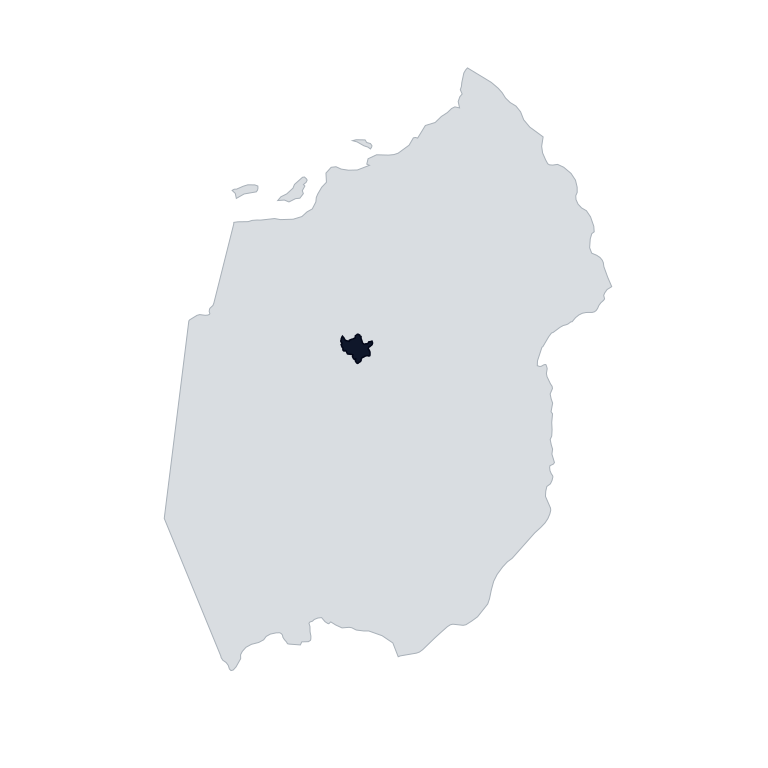 location of Dodoma Urban, Dodoma, United Republic of Tanzania, rotated 248°
{"feature_id": "72390352B24669678050336", "entity_name": "Dodoma Urban", "entity_type": "district", "adm_level": 2, "iso_a3": "TZA", "parent_name": "United Republic of Tanzania", "parent_adm1": "Dodoma", "projection": "orthographic", "projection_center": [35.794, -6.146], "detail": "fine", "context": "in_parent", "style": "filled", "palette": "ink", "viewbox_px": 768, "rotation_deg": 248, "n_neighbors": 0, "source": "geoboundaries", "source_scale": "gbopen_adm2", "svg_char_len": 8264}
<svg xmlns="http://www.w3.org/2000/svg" viewBox="0 0 768 768"><g transform="rotate(248 384 384)"><path d="M293.2,529.1L285.5,525.1L278.6,522.7L272.9,520.0L270.3,517.3L265.0,516.3L260.4,515.9L256.1,513.4L247.3,512.6L246.3,511.0L246.1,507.3L244.6,506.3L241.4,505.4L237.9,505.5L235.9,506.0L234.6,505.8L231.7,503.7L229.1,500.9L228.0,496.6L224.0,493.8L219.3,491.6L206.5,491.9L204.5,491.3L201.4,489.1L197.8,485.5L194.9,481.3L192.3,475.6L189.5,468.0L174.4,437.6L172.9,431.8L169.9,425.4L165.1,417.6L160.0,411.8L153.2,406.6L145.4,401.4L141.2,397.8L133.1,383.5L131.4,376.8L130.1,369.8L130.6,367.0L135.5,357.9L135.9,355.4L135.3,352.0L132.8,344.9L129.6,336.2L123.2,320.4L122.2,316.4L122.3,313.4L125.8,297.3L125.8,295.0L140.6,295.2L151.3,288.0L160.7,277.4L162.5,272.9L166.3,266.1L170.1,262.8L171.5,260.4L173.6,253.7L178.6,249.0L183.4,245.5L182.4,243.0L183.1,242.1L185.7,240.3L190.8,238.6L191.8,235.0L191.8,231.1L190.9,228.8L191.1,226.3L190.3,224.8L186.9,224.5L181.9,222.6L177.7,221.8L174.9,220.6L173.9,219.8L173.4,217.4L175.7,211.2L173.4,208.7L178.5,198.4L179.4,197.2L181.3,197.0L184.3,195.9L187.1,195.4L189.3,195.8L191.0,195.3L192.4,194.2L193.7,190.7L194.7,184.9L194.1,180.2L191.9,176.6L191.3,171.0L192.3,163.6L191.6,157.4L189.2,152.5L186.7,149.6L183.0,148.2L177.1,140.8L175.3,137.1L175.6,134.8L177.7,133.9L181.4,134.2L184.9,133.3L188.2,131.1L191.4,130.5L193.0,130.8L341.7,129.9L515.6,226.7L516.3,227.9L517.7,236.3L517.4,239.1L514.7,243.9L513.9,246.4L513.9,248.2L514.5,248.9L516.8,249.1L518.8,250.3L519.5,251.2L520.9,254.8L522.8,256.6L588.6,304.6L590.1,305.3L589.1,309.3L585.4,318.9L585.1,323.0L583.6,327.7L582.2,330.9L578.4,344.5L575.2,349.6L570.8,361.5L570.0,370.6L572.4,377.0L573.2,383.1L578.3,389.0L582.3,391.1L585.0,393.8L589.8,400.0L592.6,406.2L601.3,409.2L604.7,416.2L603.4,420.9L599.3,424.8L595.5,431.2L592.4,439.5L592.2,452.4L594.3,450.4L598.8,453.6L599.3,463.0L594.5,474.0L593.0,479.1L592.7,483.5L596.0,496.7L601.2,503.4L600.8,505.5L599.4,507.3L608.2,519.2L607.3,529.4L610.6,537.5L611.9,544.4L614.1,549.8L614.4,553.5L611.7,557.5L618.1,558.6L621.9,561.9L623.6,565.1L628.3,565.0L630.8,567.2L634.4,569.1L642.4,574.5L644.5,577.2L645.8,579.8L623.4,596.5L615.4,600.7L609.7,602.7L603.6,603.8L597.7,606.4L592.2,610.5L585.2,612.6L576.6,612.5L567.6,615.4L553.5,624.1L545.3,619.2L538.8,617.6L531.4,617.8L526.9,618.3L525.3,619.4L523.8,622.3L522.6,627.2L517.7,631.8L509.2,636.3L501.3,637.9L494.1,636.8L489.3,634.9L486.7,632.3L483.0,631.1L478.1,631.3L473.3,633.1L468.8,636.6L461.6,638.1L451.7,637.6L446.4,635.9L445.6,633.0L441.3,629.6L433.3,625.7L427.5,625.6L423.7,629.4L420.3,631.7L417.2,632.7L414.4,632.8L410.4,631.8L399.4,631.4L389.0,631.6L388.0,626.2L385.8,622.8L383.9,620.9L380.3,620.4L379.3,618.9L378.1,615.5L376.3,612.6L374.0,610.3L372.6,608.1L372.1,606.0L372.4,603.8L374.6,598.2L375.3,594.4L375.0,590.5L373.8,586.5L371.3,581.8L371.6,580.4L370.7,577.1L370.7,574.9L371.1,572.0L370.6,568.3L368.5,560.3L368.5,558.3L366.2,554.5L359.2,545.4L358.9,544.2L348.0,535.0L343.6,533.0L342.0,534.8L341.5,536.3L341.9,539.3L341.7,540.8L341.2,541.4L338.6,541.3L337.0,541.0L332.9,538.5L329.7,537.9L321.7,538.4L318.9,539.0L316.7,538.5L312.5,534.3L307.5,533.4L303.1,533.2L295.7,528.5L293.2,529.1ZM602.6,375.8L606.2,385.9L605.7,387.8L603.1,389.0L601.8,389.1L600.2,387.4L599.1,384.0L597.2,384.8L593.9,380.7L590.7,380.5L587.8,375.6L589.0,371.4L588.4,364.1L591.9,360.5L593.9,354.2L596.2,358.5L596.7,365.1L599.7,373.0L602.6,375.8ZM620.4,315.7L620.7,318.1L619.9,320.3L620.1,327.5L619.7,332.3L617.0,338.8L614.8,341.2L612.8,340.5L611.2,339.4L610.0,337.6L612.6,325.5L611.4,316.6L616.4,317.5L620.4,315.7ZM612.0,461.5L609.5,462.1L608.5,461.5L607.0,459.5L609.7,457.8L612.4,454.6L618.5,449.8L621.4,446.0L620.9,449.7L617.4,457.9L614.4,458.4L612.0,461.5Z" fill="#d9dde1" stroke="#a8b0b8" stroke-width="1"/><path d="M425.2,387.9L425.4,387.9L425.6,388.2L425.7,388.3L425.9,388.5L426.0,388.6L426.4,388.8L426.8,388.8L427.2,388.9L427.4,388.9L427.9,388.9L428.3,388.9L428.3,388.7L428.3,388.4L428.3,388.0L428.3,387.7L428.2,387.5L428.2,387.4L428.3,387.3L428.4,387.2L428.5,387.1L428.5,386.9L428.5,386.7L428.6,386.4L428.7,386.2L428.8,385.8L428.8,385.7L428.6,385.4L428.2,385.0L427.8,384.5L427.7,384.1L427.6,383.9L427.5,383.6L427.6,383.3L427.7,383.1L427.9,382.8L428.0,382.5L428.1,382.1L428.2,381.6L428.2,381.2L428.2,380.3L428.4,380.3L428.5,380.2L428.8,380.2L429.0,380.1L429.2,379.9L429.4,379.8L429.5,379.7L429.8,379.6L430.2,379.5L430.3,379.5L430.5,379.5L431.0,379.6L431.4,379.5L431.6,379.6L431.9,379.7L432.0,379.7L432.3,379.7L433.1,379.7L433.3,379.7L433.8,379.8L434.3,379.8L434.6,379.8L434.9,379.8L435.0,379.8L435.5,380.0L435.9,380.2L436.3,380.4L436.6,380.5L437.0,380.3L437.4,379.9L437.7,379.7L437.8,379.6L438.0,379.6L438.5,379.8L438.6,379.7L438.8,379.6L439.0,379.3L439.5,379.0L439.9,378.6L440.0,378.4L440.1,377.8L439.9,377.3L439.7,376.8L439.6,376.3L439.5,375.8L439.5,375.6L439.2,375.5L439.0,375.3L438.9,375.2L438.4,375.0L438.2,374.9L437.7,374.7L437.5,374.3L437.6,374.0L437.5,373.9L437.5,373.6L437.5,373.2L437.5,372.9L437.5,372.6L437.4,372.0L437.4,371.6L437.4,371.4L437.6,370.8L437.6,370.4L437.6,370.0L437.6,369.9L437.6,369.6L437.6,369.2L437.6,368.5L437.6,368.2L437.4,368.0L437.3,367.9L437.2,367.8L436.9,367.8L436.6,367.7L436.7,367.4L436.8,367.2L437.0,367.0L437.0,366.8L437.1,366.7L437.4,366.3L437.6,366.3L437.7,366.1L437.8,365.9L438.0,365.7L438.4,365.3L438.4,365.2L438.5,365.0L438.5,364.9L438.6,364.7L438.8,364.6L439.1,364.5L439.3,364.4L439.7,364.4L439.9,364.4L440.0,364.3L440.3,364.3L440.7,364.2L441.2,364.1L441.5,364.1L442.1,364.1L442.6,363.8L443.0,363.7L443.4,363.6L443.9,363.4L443.7,363.2L443.5,362.8L443.3,362.5L443.2,362.5L443.1,362.4L443.0,362.2L442.8,362.1L442.6,362.0L442.5,361.8L442.4,361.7L442.2,361.5L442.1,361.4L441.8,361.2L441.6,361.1L441.4,361.1L441.1,360.9L440.9,360.7L440.7,360.5L440.4,360.3L440.3,360.2L440.2,360.1L439.9,360.0L439.7,360.0L439.2,359.9L439.1,360.0L438.7,360.1L438.1,360.3L437.8,360.3L437.6,360.3L437.3,360.2L437.1,360.2L437.0,359.8L437.0,359.7L436.9,359.4L436.8,359.1L436.7,359.0L436.4,359.0L435.8,359.0L435.6,359.0L435.2,358.9L434.6,359.0L434.2,358.9L433.9,359.0L433.4,359.1L433.2,359.2L433.0,359.3L432.8,359.3L432.7,359.3L432.4,359.2L432.2,359.2L431.8,359.0L431.7,358.9L431.2,358.8L431.0,358.7L430.7,358.7L430.7,358.9L430.5,359.1L430.1,359.2L429.9,359.2L429.6,359.2L429.5,359.5L429.4,359.9L429.4,360.9L428.9,361.0L428.5,361.1L428.1,361.3L427.8,361.3L427.6,361.3L426.9,361.3L426.5,361.4L426.1,361.4L425.8,361.5L425.7,361.4L425.5,361.5L425.4,361.6L425.3,361.8L425.2,362.0L425.0,362.3L424.9,362.5L424.7,362.9L424.5,363.2L424.4,363.6L424.4,363.8L424.1,364.0L423.8,364.5L423.7,364.8L423.5,365.1L423.1,365.6L422.9,365.8L422.8,366.0L422.2,365.7L421.7,365.4L421.1,365.0L420.7,365.1L420.1,365.1L419.6,365.2L419.1,365.2L418.8,365.2L418.6,365.4L418.2,365.7L418.0,365.8L417.8,366.0L417.7,366.1L417.8,366.7L417.9,366.9L417.9,367.1L417.4,366.9L416.6,366.4L416.2,366.1L415.4,366.2L414.9,366.3L414.6,366.3L414.4,366.4L414.2,366.5L413.9,366.5L413.5,366.7L413.4,366.8L413.3,367.0L413.0,367.2L413.0,367.7L413.0,367.9L413.1,368.1L413.2,368.3L413.3,368.6L413.4,368.8L413.4,369.1L413.5,369.4L413.5,369.8L413.5,370.0L413.7,370.5L413.8,370.8L413.9,371.0L414.0,371.1L414.2,371.4L414.4,371.5L414.6,371.7L414.8,371.7L415.0,371.8L415.3,371.9L415.4,372.0L415.5,372.1L415.6,372.4L415.8,372.5L416.1,372.8L416.2,373.0L416.4,373.1L416.5,373.2L416.5,373.4L416.7,373.6L416.8,373.7L416.8,373.8L416.8,374.1L416.6,374.4L416.6,374.5L416.6,375.1L416.6,375.3L416.6,375.5L416.7,375.9L416.8,376.2L416.9,376.6L416.9,376.8L416.9,377.0L416.8,377.4L416.8,378.1L416.8,378.4L416.7,378.6L416.6,378.8L416.6,379.0L416.4,379.2L416.4,379.4L416.3,379.7L416.3,379.9L416.3,380.0L416.2,380.1L415.9,380.3L415.7,380.3L415.5,381.0L415.5,381.3L415.7,381.5L415.8,381.6L416.0,381.8L416.3,381.9L416.4,382.0L416.7,382.1L417.0,382.2L417.2,382.3L417.7,382.5L417.9,382.6L418.1,382.7L418.3,382.7L418.5,382.8L418.8,382.9L419.0,382.9L419.3,383.0L419.8,383.0L420.0,383.0L420.8,382.9L421.0,382.9L421.5,382.9L421.7,382.7L421.8,382.5L422.1,382.4L422.3,382.5L422.6,382.6L422.9,382.7L422.9,382.8L423.1,383.0L423.6,383.6L423.9,383.8L424.0,384.0L424.0,384.4L424.0,384.7L424.0,384.8L424.0,385.0L424.4,386.0L424.5,386.4L424.6,386.8L424.7,387.0L424.8,387.4L424.9,387.6L425.0,387.7L425.1,387.8L425.2,387.9Z" fill="#0f172a" stroke="#020617" stroke-width="1.5"/></g></svg>